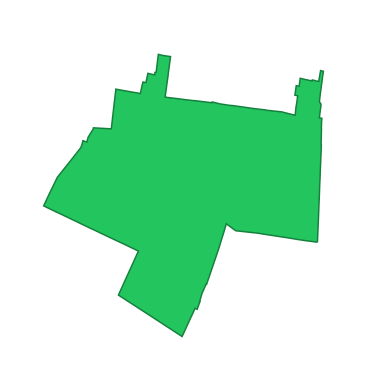 the district of Ciocile, Braila, Romania, rotated 81°
{"feature_id": "2599482B69369781010688", "entity_name": "Ciocile", "entity_type": "district", "adm_level": 2, "iso_a3": "ROU", "parent_name": "Romania", "parent_adm1": "Braila", "projection": "robinson", "projection_center": [27.247, 44.812], "detail": "fine", "context": "isolated", "style": "filled", "palette": "green", "viewbox_px": 384, "rotation_deg": 81, "n_neighbors": 0, "source": "geoboundaries", "source_scale": "gbopen_adm2", "svg_char_len": 2472}
<svg xmlns="http://www.w3.org/2000/svg" viewBox="0 0 384 384"><g transform="rotate(81 192 192)"><path d="M182.5,340.7L183.3,339.5L185.2,336.9L190.3,329.5L190.5,329.2L197.3,319.2L199.9,315.5L204.7,308.5L205.0,308.1L205.2,307.8L205.8,306.9L206.8,305.5L213.0,296.5L213.0,296.4L215.4,292.9L220.7,285.2L227.6,275.1L241.9,254.2L242.0,254.2L256.7,263.9L282.3,280.8L285.0,277.8L290.4,271.8L307.7,252.6L321.8,237.0L333.2,224.4L330.4,222.5L317.3,213.8L312.3,210.4L307.4,207.2L308.7,205.3L301.2,201.1L301.0,201.4L293.8,198.0L285.1,192.4L285.4,192.0L251.7,174.2L251.3,174.0L241.1,169.1L239.1,168.0L233.4,165.3L228.8,163.1L237.1,154.9L241.0,140.7L242.8,134.0L244.1,130.1L245.0,127.4L245.8,124.8L247.0,121.1L248.0,117.9L251.7,106.3L251.8,105.9L253.6,100.5L255.4,95.2L256.6,91.3L257.1,89.8L258.1,86.6L258.7,84.5L259.7,81.0L260.7,77.8L260.9,77.2L261.0,76.8L260.8,76.7L260.7,76.5L260.7,76.3L260.8,76.0L260.8,75.9L260.0,75.7L259.1,75.5L253.4,74.4L238.7,71.4L224.0,68.5L215.1,66.7L206.3,65.0L195.6,62.8L194.9,62.7L165.9,56.9L165.4,56.9L164.9,57.0L149.8,54.2L149.3,54.3L147.0,53.8L146.5,53.7L143.8,53.2L140.7,52.5L139.5,52.2L139.3,52.9L138.7,54.6L130.7,52.3L128.9,51.7L125.8,50.9L124.2,51.2L123.8,51.6L123.5,51.9L122.9,52.0L121.9,51.8L115.4,50.0L108.4,47.9L102.1,46.0L100.8,45.6L98.6,45.0L95.3,43.9L93.3,43.3L93.2,43.5L92.7,44.9L92.2,46.0L93.7,46.5L101.9,49.3L102.6,49.4L101.9,51.6L101.6,52.4L101.1,53.3L100.5,54.8L100.2,55.3L100.2,55.8L101.1,56.0L100.3,58.2L99.6,59.8L99.4,60.4L99.0,61.5L98.0,64.0L96.6,67.3L104.3,69.7L103.3,72.4L112.5,75.2L113.4,72.7L114.2,72.8L119.0,74.2L125.1,76.2L132.3,78.1L130.1,83.4L126.9,90.8L126.8,91.1L124.6,99.3L123.7,102.4L123.1,105.2L122.9,105.6L122.6,105.9L119.6,116.7L113.0,138.3L112.3,141.2L111.5,143.9L111.1,145.0L111.0,145.3L109.5,150.2L106.2,158.0L107.0,158.3L102.5,173.9L101.9,176.2L102.0,176.3L100.7,180.7L99.6,184.7L98.7,187.8L97.3,192.5L95.3,199.7L94.5,202.3L94.0,203.7L72.2,197.1L71.9,197.1L54.9,192.0L52.9,198.4L52.7,199.1L50.8,203.7L68.1,208.7L68.1,209.9L70.5,210.5L67.9,217.0L76.5,220.3L76.4,221.4L75.7,223.2L79.1,224.7L82.5,226.0L86.7,227.7L85.3,231.4L83.6,236.5L80.2,246.3L79.0,249.7L78.6,250.9L78.5,251.1L85.2,253.0L108.9,259.6L109.0,259.6L117.0,261.8L113.2,279.3L114.4,279.8L121.6,286.0L126.2,288.1L124.5,291.2L124.2,291.7L124.9,292.0L125.6,292.3L125.8,292.4L126.7,292.7L127.6,293.1L127.8,293.2L128.6,293.6L129.1,293.9L130.9,295.0L141.4,306.3L156.4,322.7L172.3,333.8L182.5,340.7Z" fill="#22c55e" stroke="#15803d" stroke-width="1.5"/></g></svg>